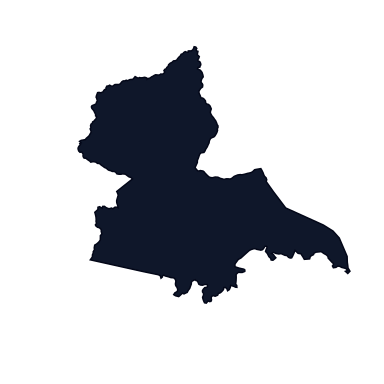 outline of Talismã, Tocantins, Brazil, rotated 68°
{"feature_id": "56859067B11733116520927", "entity_name": "Talismã", "entity_type": "district", "adm_level": 2, "iso_a3": "BRA", "parent_name": "Brazil", "parent_adm1": "Tocantins", "projection": "orthographic", "projection_center": [-49.065, -12.67], "detail": "fine", "context": "isolated", "style": "filled", "palette": "ink", "viewbox_px": 384, "rotation_deg": 68, "n_neighbors": 0, "source": "geoboundaries", "source_scale": "gbopen_adm2", "svg_char_len": 6004}
<svg xmlns="http://www.w3.org/2000/svg" viewBox="0 0 384 384"><g transform="rotate(68 192 192)"><path d="M69.2,134.5L68.0,135.0L66.7,135.7L63.8,133.8L63.0,134.8L61.6,135.0L60.7,133.8L59.0,134.2L58.1,135.6L59.3,136.6L60.4,137.9L60.9,139.7L59.8,142.6L61.0,143.2L60.5,144.4L59.3,145.7L59.6,147.4L60.4,148.8L60.2,150.4L61.5,152.0L62.0,153.5L63.0,155.4L64.0,156.8L64.0,158.3L63.5,160.1L64.3,162.0L64.4,163.9L65.2,166.0L66.7,167.2L67.0,168.6L68.1,169.9L68.1,171.4L69.0,172.6L70.4,172.3L71.5,173.6L71.7,175.6L70.9,176.6L71.3,178.4L70.6,180.1L69.7,181.7L69.7,183.2L70.0,184.7L70.1,186.4L70.6,188.2L70.4,189.7L70.7,191.4L69.5,191.1L68.4,192.2L67.8,193.2L67.6,194.7L67.0,196.7L66.2,197.8L66.3,199.4L65.3,200.2L63.7,201.5L64.6,203.1L65.4,204.9L64.8,206.3L64.5,207.6L64.6,209.0L64.6,210.3L63.7,211.1L63.8,212.8L63.2,214.2L63.5,215.7L64.2,216.9L64.9,218.2L64.9,219.7L64.1,221.5L63.5,223.2L63.8,224.6L64.2,226.1L63.5,227.2L62.1,228.3L62.3,230.0L61.9,231.2L63.0,232.6L64.5,233.3L64.3,234.7L64.9,235.8L65.9,237.2L65.8,239.5L64.8,240.9L64.5,242.3L65.6,243.3L67.0,244.6L68.2,245.4L69.4,245.3L71.0,245.5L72.3,245.7L72.8,246.8L74.3,247.9L74.5,249.5L74.5,250.9L74.5,252.4L75.4,253.4L77.1,253.5L78.5,253.0L79.7,252.6L81.5,252.5L83.9,252.3L85.3,252.9L86.4,252.2L87.6,253.0L88.4,253.9L88.9,255.3L89.6,256.4L89.8,257.9L91.1,258.9L91.2,260.1L92.6,261.3L94.3,261.5L95.3,262.8L97.1,262.8L98.7,263.0L99.6,264.2L101.3,266.3L101.9,267.8L102.6,269.9L103.4,271.2L103.1,273.1L102.6,275.4L102.9,277.3L104.9,276.4L105.1,277.9L106.3,277.7L107.0,279.3L108.1,280.8L109.3,281.5L111.5,281.7L113.2,281.0L113.6,279.3L116.0,278.7L117.4,279.4L118.5,279.7L120.1,279.4L121.0,277.7L123.0,276.6L125.0,275.2L126.4,274.7L126.8,272.4L128.1,270.1L130.1,268.9L130.8,267.2L133.2,266.0L135.1,264.7L136.4,264.0L138.0,262.4L139.5,261.8L140.7,260.9L141.9,259.3L143.1,258.2L143.7,256.7L144.8,255.4L147.1,254.8L148.2,253.0L148.9,251.3L149.2,249.6L150.5,247.1L154.2,244.9L155.8,243.1L157.6,242.3L163.3,261.6L164.5,261.5L165.9,261.5L167.3,261.6L171.6,265.0L172.8,265.5L173.9,265.8L177.1,266.0L178.9,266.3L178.0,267.2L177.2,269.1L177.9,271.6L176.7,272.7L176.6,274.4L176.1,275.7L174.3,277.5L172.5,278.5L171.9,280.2L173.4,281.3L171.0,283.2L170.9,284.9L173.0,285.8L174.4,289.7L176.8,290.0L179.2,290.4L181.7,291.2L183.3,292.0L185.3,292.3L186.3,293.9L187.5,293.8L189.3,292.8L190.5,291.2L192.9,290.2L194.4,290.9L197.2,291.3L198.1,293.3L200.1,294.1L202.3,295.1L203.6,297.4L204.5,300.0L204.8,302.1L207.2,303.6L208.9,304.0L210.4,306.0L211.6,306.4L212.9,307.8L214.9,308.7L216.8,311.7L246.6,268.4L249.9,263.5L256.1,254.2L257.7,252.8L260.3,253.0L259.7,251.3L258.7,250.7L258.4,249.5L259.9,248.2L261.5,246.0L262.4,244.9L263.5,243.6L264.7,241.1L266.7,240.2L268.5,240.3L271.0,241.8L272.3,242.1L273.5,242.0L275.0,241.6L277.2,241.8L278.7,242.9L279.1,245.7L280.3,247.4L282.0,246.2L284.0,243.5L283.5,242.0L282.2,238.8L283.5,237.6L283.3,235.3L283.3,234.1L281.7,232.2L280.6,230.3L278.8,228.7L277.2,227.2L275.5,226.4L274.7,225.3L274.5,223.2L274.5,221.9L275.6,221.5L276.5,220.3L278.4,220.2L280.1,220.2L281.5,218.9L282.4,217.0L282.5,214.8L283.4,212.6L285.2,212.8L285.9,213.8L285.4,216.0L286.5,218.2L287.5,219.3L288.7,219.7L290.1,219.3L291.5,219.7L292.6,220.6L293.5,221.6L295.2,221.9L297.4,222.0L299.4,221.9L300.4,220.4L299.0,217.8L300.2,216.8L300.5,215.4L299.4,214.3L297.8,214.0L296.3,213.2L295.9,211.3L297.3,209.6L297.3,206.9L295.9,205.5L296.1,203.9L295.7,202.3L294.7,200.1L293.9,199.1L292.5,198.4L293.0,196.8L294.8,195.9L296.9,196.0L296.5,194.0L294.9,192.3L293.1,191.1L295.3,188.4L296.5,187.4L297.2,186.1L295.3,185.5L293.9,186.1L291.0,184.5L287.7,183.0L285.0,182.0L284.1,180.1L283.9,178.8L284.7,177.4L285.4,175.6L285.4,172.8L284.1,172.2L283.0,172.8L280.1,177.0L278.2,179.2L277.4,180.2L274.8,179.1L271.9,174.4L271.5,171.3L269.4,165.6L267.8,161.2L267.5,159.2L267.7,156.2L268.2,154.7L269.4,153.5L271.0,151.0L271.7,150.0L271.9,148.4L271.4,147.1L269.7,144.7L270.1,143.4L271.2,142.9L273.1,144.8L274.7,146.1L277.2,145.2L280.8,144.9L282.9,143.9L284.7,144.1L285.6,142.5L285.0,140.5L284.4,138.9L282.5,139.6L280.8,139.9L278.9,141.3L278.5,139.0L280.3,137.4L282.0,134.7L282.5,132.5L285.5,129.6L286.6,127.7L288.7,127.0L290.0,125.7L290.4,124.3L289.4,123.0L287.4,120.9L284.7,118.3L288.5,116.7L289.3,115.6L289.9,114.2L294.1,113.4L296.5,113.1L298.1,108.0L296.5,106.8L295.8,105.5L295.6,102.8L294.5,101.9L294.2,99.7L295.7,94.5L298.5,92.7L300.7,90.9L302.7,90.1L304.3,90.5L309.7,88.5L311.3,87.7L312.5,88.2L313.2,89.5L315.2,89.3L315.8,86.8L315.3,84.6L316.5,82.6L317.8,81.7L320.1,78.6L321.1,77.7L323.1,77.3L323.0,79.5L325.9,78.1L324.6,75.2L320.9,75.8L318.5,75.1L315.3,74.3L309.8,72.3L289.8,72.7L281.0,75.9L271.8,82.6L241.9,111.1L222.3,116.4L210.1,119.3L208.6,118.1L206.6,118.0L204.5,118.9L202.9,119.0L200.9,118.9L198.1,119.1L196.1,119.4L195.1,123.9L194.8,125.6L195.9,128.2L196.1,129.8L195.9,131.6L195.5,133.7L195.3,135.8L195.1,137.2L194.7,139.4L193.9,140.8L193.3,143.3L193.3,147.0L194.2,149.9L194.3,151.7L193.3,153.6L192.6,155.3L192.3,157.6L191.0,159.2L189.9,160.7L188.0,162.4L186.8,164.9L186.4,167.8L185.5,169.4L184.4,170.6L182.3,171.6L179.1,172.9L177.9,173.2L176.7,173.9L175.2,176.3L175.2,177.8L174.3,178.9L170.6,180.1L166.7,176.0L164.8,175.2L162.7,173.2L160.8,171.6L159.9,170.7L159.1,169.3L159.4,167.8L159.8,166.1L158.9,164.7L157.5,163.3L155.8,160.9L154.1,159.2L152.9,157.8L151.6,157.1L150.2,155.9L149.3,154.6L149.1,153.4L149.1,151.0L148.6,149.8L147.6,148.4L146.2,146.7L144.4,145.2L143.0,144.9L141.7,143.6L140.1,143.1L139.0,143.5L137.7,143.3L134.6,143.4L133.0,143.9L130.8,144.3L129.4,144.9L126.7,145.3L125.0,145.2L123.8,144.4L122.2,143.0L120.4,143.0L118.7,143.1L117.0,143.9L115.7,145.6L114.3,145.9L112.6,145.4L110.6,145.9L108.9,146.9L108.1,148.4L105.4,148.3L104.1,148.4L102.7,148.4L101.0,147.7L100.2,146.6L99.2,145.1L98.6,142.9L96.8,141.9L95.5,141.9L93.7,142.5L92.4,141.9L90.6,140.4L89.5,138.5L87.7,138.1L84.8,137.9L82.3,138.6L79.8,140.8L78.7,139.5L79.2,138.0L78.2,137.2L77.4,136.2L75.8,135.8L74.0,136.0L72.9,137.2L71.6,137.2L70.9,136.0L69.2,134.5Z" fill="#0f172a" stroke="#020617" stroke-width="1.5"/></g></svg>